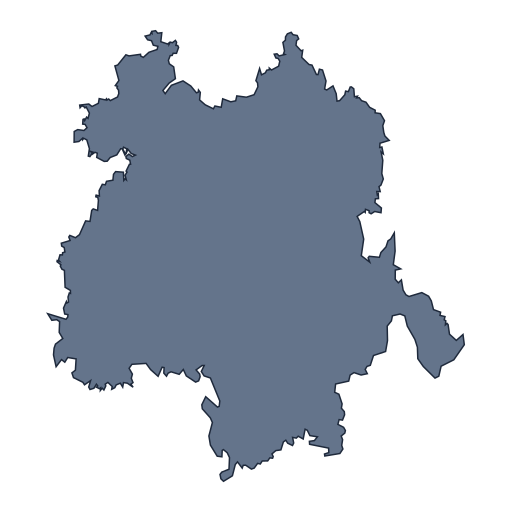 Jessore, Khulna, Bangladesh (Equal Earth projection)
{"feature_id": "16705992B28022870637862", "entity_name": "Jessore", "entity_type": "district", "adm_level": 2, "iso_a3": "BGD", "parent_name": "Bangladesh", "parent_adm1": "Khulna", "projection": "equal_earth", "projection_center": [89.196, 23.085], "detail": "fine", "context": "isolated", "style": "filled", "palette": "slate", "viewbox_px": 512, "rotation_deg": 0, "n_neighbors": 0, "source": "geoboundaries", "source_scale": "gbopen_adm2", "svg_char_len": 5887}
<svg xmlns="http://www.w3.org/2000/svg" viewBox="0 0 512 512"><path d="M287.4,33.8L285.5,36.9L285.4,40.2L282.9,42.4L284.5,51.0L283.5,53.8L284.9,54.5L279.1,55.9L277.0,53.8L274.2,54.2L275.9,58.0L278.1,58.4L279.8,61.2L278.6,66.2L271.5,70.0L269.3,68.1L269.4,69.7L266.7,70.2L265.4,72.8L261.5,74.8L259.6,68.5L255.9,80.7L257.5,82.8L257.9,86.8L254.1,94.7L246.4,97.2L236.8,95.9L235.7,100.8L230.8,101.8L222.7,98.8L221.2,107.3L214.9,106.0L213.4,108.8L205.2,104.8L199.6,99.9L200.3,92.4L198.5,90.0L198.2,92.2L196.4,92.8L190.8,86.0L183.0,80.9L171.4,85.3L165.2,93.7L162.9,90.5L169.1,83.1L175.4,78.7L173.7,66.9L169.3,63.8L168.4,60.3L170.2,55.6L172.2,55.4L173.1,53.3L176.5,53.3L178.6,47.4L177.7,45.5L175.9,45.4L176.6,42.3L175.4,40.4L172.4,42.7L170.2,42.1L169.0,44.4L168.9,43.0L167.6,44.0L160.8,41.7L161.8,32.7L157.7,33.2L155.6,30.7L151.7,31.4L152.0,33.5L151.0,32.8L150.0,34.9L145.1,36.1L147.6,39.8L151.5,40.7L153.3,45.2L157.9,46.3L157.1,49.5L148.9,52.3L143.3,57.4L140.7,56.0L140.5,54.3L129.0,55.9L125.9,54.8L117.7,65.0L114.9,65.9L118.9,80.5L115.3,85.6L117.5,86.3L116.9,87.9L118.5,90.1L118.8,93.5L117.5,97.0L110.3,100.6L108.7,99.0L106.9,100.1L106.5,98.8L105.5,99.9L99.2,98.6L98.4,103.3L92.0,106.5L88.8,104.0L79.7,105.1L80.1,107.7L81.8,105.7L85.2,107.4L84.4,108.3L86.2,107.0L89.4,113.1L88.0,118.4L86.6,117.1L84.7,120.6L84.1,118.9L83.0,119.4L82.7,124.1L85.1,124.4L87.0,127.7L84.0,130.5L77.7,129.6L74.2,131.5L74.1,142.2L78.9,141.5L82.5,138.3L82.7,139.7L83.7,138.3L86.8,139.9L89.4,148.6L88.3,156.1L89.9,156.6L91.9,153.8L92.0,152.3L89.4,151.0L93.1,152.2L92.9,153.8L95.0,152.3L97.3,153.2L96.7,157.4L104.2,161.4L107.2,161.2L110.2,157.5L116.8,154.9L120.7,148.7L122.2,148.8L124.9,155.0L125.5,154.1L122.8,149.1L123.5,147.2L126.8,148.8L125.9,154.2L127.9,149.3L131.2,153.5L135.4,155.1L132.3,156.6L128.9,154.1L125.9,156.5L126.3,158.5L129.8,160.2L130.6,164.2L129.4,164.3L126.1,171.1L127.0,172.1L125.1,175.2L126.3,179.8L125.1,178.8L123.8,180.4L123.4,172.2L115.6,171.6L113.5,174.3L112.9,180.2L106.5,181.3L105.3,184.8L102.3,184.3L99.1,190.6L99.4,196.0L95.8,195.0L97.2,195.6L96.0,195.3L95.8,196.8L97.8,197.4L98.4,200.4L97.6,210.4L93.2,208.9L91.7,210.4L90.0,221.4L85.6,220.9L79.5,234.6L75.5,237.7L69.8,235.4L68.8,237.0L70.1,240.5L61.3,243.2L61.7,246.1L64.2,247.5L64.9,252.0L62.6,252.7L62.4,254.9L60.0,254.8L58.5,260.0L59.6,261.3L57.2,260.5L57.0,261.7L60.9,264.8L60.3,266.2L61.9,269.2L64.4,270.4L65.1,287.3L70.4,290.4L70.5,293.4L69.3,293.0L68.0,297.0L68.5,302.1L66.9,303.0L66.4,301.5L63.5,308.1L64.7,314.0L67.9,314.6L67.8,317.0L66.0,319.3L47.7,313.7L51.8,320.3L56.7,319.7L59.6,321.6L59.2,332.4L62.8,338.5L55.5,344.1L54.1,348.1L53.5,354.9L56.1,366.7L61.5,359.6L64.8,362.2L67.7,357.5L76.1,358.9L75.4,370.2L71.9,372.9L73.5,377.6L82.9,382.3L84.5,384.8L90.6,380.6L88.7,387.0L90.0,389.5L93.9,388.3L96.4,384.2L97.7,385.9L96.5,387.2L99.4,388.7L100.6,387.8L100.4,390.4L102.2,388.2L103.9,390.0L105.8,385.9L105.2,384.2L107.9,382.4L112.2,386.5L111.7,389.3L114.8,387.7L116.2,384.9L120.3,383.2L122.7,387.1L123.5,382.6L127.4,383.2L133.1,387.2L130.9,384.1L133.0,382.6L131.3,378.3L132.4,374.1L129.1,368.3L131.9,364.3L146.1,363.4L150.6,369.6L158.1,376.3L162.1,367.2L164.1,367.6L163.8,373.1L166.5,376.2L168.1,373.2L171.0,371.8L179.2,374.3L183.3,369.5L186.3,375.9L195.6,382.1L198.6,380.9L200.1,376.8L199.7,374.1L196.1,369.9L202.1,365.5L204.2,365.5L201.3,371.5L204.1,375.9L210.4,378.0L219.8,401.0L219.2,406.3L217.5,407.1L205.7,396.7L201.8,404.8L202.3,408.8L210.3,417.8L212.4,422.5L208.9,436.0L210.4,445.1L217.2,456.2L221.9,456.8L222.2,450.4L223.4,449.6L227.2,452.7L229.5,457.6L229.0,469.2L221.8,472.1L220.0,474.4L220.9,478.8L223.5,481.3L232.4,475.8L235.3,464.5L237.5,461.9L242.2,468.1L243.2,465.3L245.7,465.2L251.4,469.1L254.2,468.1L257.6,463.4L260.3,464.0L262.2,461.0L267.7,460.9L269.8,457.9L272.6,458.2L273.2,456.6L272.0,453.9L275.8,450.6L280.9,449.9L283.4,441.9L285.8,440.2L287.7,443.2L292.5,445.5L293.7,443.0L292.6,437.4L296.3,438.1L298.2,436.2L303.2,439.0L305.1,429.2L307.3,430.3L309.9,435.6L317.4,436.8L314.4,440.6L309.4,441.3L309.6,444.3L328.6,448.1L328.8,452.6L324.5,454.0L324.8,456.0L339.9,453.5L342.9,449.0L341.7,445.4L342.6,439.7L341.2,436.0L344.8,433.1L345.4,430.5L343.6,427.3L337.9,424.4L339.1,419.6L342.5,420.1L344.6,414.8L344.3,411.6L341.4,408.2L342.1,403.9L338.9,394.2L334.7,392.3L335.6,384.0L348.7,381.1L350.1,375.1L354.0,372.6L361.1,375.0L367.3,373.7L365.2,369.4L367.0,366.4L370.3,365.3L373.5,355.5L385.6,351.5L387.5,340.6L387.2,326.1L391.4,320.9L392.4,315.8L400.1,314.0L404.8,315.9L407.3,326.1L414.9,339.4L417.4,347.2L417.8,358.7L423.3,366.5L435.0,378.1L438.8,376.2L441.1,366.2L453.8,359.8L464.3,344.7L463.0,334.5L456.3,340.4L449.5,334.2L448.1,324.6L447.0,323.4L445.4,324.8L445.8,320.8L444.2,319.8L445.0,316.6L440.0,315.4L440.6,312.2L433.5,309.6L431.3,300.9L428.6,296.2L421.8,292.6L409.0,296.5L405.9,294.8L403.1,290.1L401.4,279.9L398.3,282.8L395.2,279.2L395.3,270.1L400.7,268.9L393.3,264.7L395.1,251.1L394.3,232.8L390.7,239.0L388.0,240.8L386.0,246.9L380.9,252.5L379.4,257.3L369.3,256.3L368.1,257.8L369.7,262.1L361.3,255.7L363.7,239.1L359.8,221.6L357.1,216.4L364.3,211.5L365.2,212.4L365.5,209.3L369.1,210.7L369.1,212.7L371.1,213.8L374.7,211.5L381.0,212.7L381.4,208.0L374.9,202.6L375.4,198.8L378.5,198.6L378.3,193.8L377.3,194.8L376.8,191.5L380.2,191.6L379.0,186.6L380.9,185.2L383.3,179.0L381.8,173.6L382.8,160.3L381.1,151.9L383.3,153.8L381.9,147.0L379.7,147.5L380.0,143.2L389.2,140.4L384.9,136.0L383.8,132.5L382.8,125.7L384.5,120.7L380.4,113.6L375.1,112.8L375.2,110.2L369.6,107.3L366.0,102.2L361.6,100.7L359.2,97.7L356.6,97.9L357.5,96.2L354.4,96.7L353.8,88.8L351.4,86.9L350.2,87.0L348.4,91.6L345.6,91.1L344.8,94.8L339.6,100.7L337.0,101.1L336.2,93.7L333.0,85.9L326.7,90.0L324.6,89.0L326.0,81.0L322.5,70.0L319.4,69.2L318.0,74.6L316.4,74.5L312.0,65.1L309.0,64.5L301.7,57.4L302.7,50.2L301.1,50.8L296.0,45.3L296.6,40.6L298.7,38.9L297.2,35.5L293.0,34.7L291.2,32.3L287.4,33.8Z" fill="#64748b" stroke="#1e293b" stroke-width="1.5"/></svg>